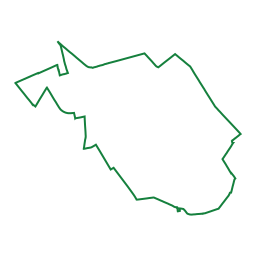 Barcanesti, Prahova, Romania
{"feature_id": "2599482B47702266921229", "entity_name": "Barcanesti", "entity_type": "district", "adm_level": 2, "iso_a3": "ROU", "parent_name": "Romania", "parent_adm1": "Prahova", "projection": "orthographic", "projection_center": [26.058, 44.879], "detail": "fine", "context": "isolated", "style": "outline", "palette": "green", "viewbox_px": 256, "rotation_deg": 0, "n_neighbors": 0, "source": "geoboundaries", "source_scale": "gbopen_adm2", "svg_char_len": 5238}
<svg xmlns="http://www.w3.org/2000/svg" viewBox="0 0 256 256"><path d="M235.3,178.5L234.7,177.5L233.9,176.3L233.3,175.5L232.3,174.3L231.7,173.5L231.2,172.9L231.0,173.1L230.9,172.9L230.7,172.7L229.3,170.4L228.0,168.1L227.0,166.5L225.6,164.1L223.5,160.8L222.5,159.1L223.2,158.1L223.7,157.4L225.1,155.3L226.0,153.9L226.3,153.6L226.7,153.0L227.2,152.2L227.4,151.8L227.8,151.2L228.3,150.5L228.8,149.7L229.4,148.8L229.6,148.6L229.7,148.4L229.9,148.1L230.1,147.8L231.2,146.1L231.7,145.2L232.8,143.4L233.1,143.0L232.4,143.0L232.3,142.7L232.2,142.2L232.1,141.7L232.0,141.3L231.9,141.0L232.0,140.9L232.2,140.7L232.3,140.6L232.4,140.4L232.5,140.4L232.7,140.2L232.8,140.2L233.0,140.0L233.5,139.6L233.9,139.3L234.2,139.0L234.5,138.8L234.7,138.6L234.9,138.4L235.1,138.4L236.7,137.1L238.5,135.7L239.9,134.5L240.6,134.0L239.4,132.6L230.9,123.5L222.6,114.7L219.9,111.7L218.4,110.2L217.5,109.1L215.9,107.4L215.1,106.6L214.2,105.1L210.8,99.7L209.3,97.3L208.6,96.2L207.5,94.5L207.1,93.8L206.0,92.1L204.5,89.6L204.2,89.0L203.5,88.0L201.3,84.5L199.7,82.0L198.9,80.6L194.6,73.8L193.1,71.3L192.3,69.9L190.3,66.7L190.2,66.5L188.9,65.5L186.8,63.8L184.9,62.2L183.3,60.8L181.4,59.3L179.3,57.6L177.2,55.8L175.8,54.7L175.1,54.1L173.7,55.2L169.9,58.2L168.5,59.3L164.5,62.4L160.4,65.7L158.3,67.3L157.2,66.8L156.4,66.4L156.0,66.0L155.3,65.3L154.3,64.1L153.7,63.5L152.0,61.5L149.6,58.9L148.0,57.2L147.3,56.4L146.2,55.2L145.6,54.6L145.1,54.1L145.0,53.9L144.5,53.4L116.6,61.0L109.4,62.9L108.9,63.0L108.5,63.1L108.1,63.3L106.8,63.6L106.0,63.9L105.2,64.0L104.1,64.4L103.9,64.5L103.5,64.7L102.9,64.9L102.3,65.1L101.8,65.2L101.3,65.3L100.4,65.5L99.9,65.6L99.4,65.8L98.8,66.0L98.2,66.1L97.7,66.3L97.3,66.5L96.2,66.8L95.1,67.1L94.0,67.3L93.8,67.4L93.4,67.6L93.0,67.7L92.4,67.8L91.6,67.4L90.4,67.4L88.4,67.1L86.6,66.1L83.6,63.7L81.8,62.1L78.8,59.6L76.3,57.5L75.3,56.6L73.9,55.4L71.9,53.7L70.2,52.4L69.1,51.5L67.1,49.8L66.7,49.4L64.7,47.7L63.3,46.6L61.4,44.9L60.3,43.9L59.1,42.9L58.8,42.6L57.8,41.6L57.5,41.3L57.7,41.6L58.6,42.9L58.9,43.3L59.3,43.8L59.7,44.3L60.1,44.7L60.3,45.0L60.5,45.2L60.6,45.4L60.6,45.6L60.8,46.1L60.9,46.6L62.6,53.8L62.9,54.9L63.1,55.8L63.9,59.4L64.2,61.2L64.6,62.6L64.9,63.9L65.1,64.5L65.3,65.1L65.5,65.8L65.7,66.2L66.0,67.4L66.4,69.0L67.9,73.0L67.3,73.2L66.6,73.4L66.2,73.6L65.3,73.8L64.8,74.0L64.5,74.1L64.3,74.1L64.2,74.1L63.9,74.1L63.7,74.2L63.1,74.3L62.9,74.4L62.4,74.5L62.0,74.6L61.4,74.8L61.0,75.0L60.7,75.1L60.2,75.3L59.8,75.4L58.7,70.2L58.5,70.3L57.6,67.2L57.7,66.9L57.5,66.3L57.3,64.9L57.2,64.9L56.0,65.4L51.7,67.4L43.6,71.0L38.5,73.3L38.3,73.4L38.1,73.0L32.3,75.5L15.5,82.9L15.4,83.0L16.7,84.6L18.6,87.0L21.7,90.9L24.3,94.1L25.3,95.4L27.6,98.3L28.9,99.8L30.5,101.8L32.4,104.2L32.8,104.7L32.7,104.8L32.8,104.9L33.0,104.6L35.4,106.5L36.8,104.2L39.8,99.1L42.4,94.9L44.0,92.2L46.7,87.8L46.9,87.6L49.1,91.1L49.8,92.2L51.1,94.4L52.8,97.3L54.3,99.8L56.0,102.4L56.8,103.8L58.1,105.9L59.1,107.5L59.6,108.2L59.9,108.6L60.5,109.4L61.0,109.9L61.5,110.3L62.4,111.0L62.7,111.2L63.2,111.5L63.7,111.8L64.2,112.0L64.8,112.3L65.5,112.6L66.3,112.8L67.1,113.0L67.6,113.1L67.9,113.1L68.2,113.2L69.1,113.2L69.8,113.2L70.4,113.2L71.0,113.2L71.7,113.1L73.2,113.0L74.0,112.9L75.0,117.3L75.2,118.4L75.3,118.3L78.9,117.7L81.0,117.3L82.7,116.9L84.6,116.5L84.6,117.2L84.7,118.2L84.7,119.0L84.8,120.6L85.0,124.5L85.5,131.9L85.6,134.2L85.7,135.8L85.7,136.2L85.7,136.5L85.7,136.8L85.7,137.2L85.5,137.9L85.5,138.4L85.3,139.0L85.2,139.4L84.5,144.0L84.2,146.2L84.1,147.0L83.8,148.5L83.8,148.8L84.0,148.8L84.3,148.7L84.7,148.7L85.1,148.6L87.8,148.0L88.8,147.9L89.7,147.7L90.5,147.6L90.8,147.5L91.2,147.4L91.4,147.3L91.7,147.2L92.0,147.0L93.4,146.2L94.1,145.8L95.4,145.0L95.9,144.7L99.5,150.6L110.7,169.5L113.6,167.8L127.7,186.5L131.9,192.3L133.6,194.7L134.8,196.5L135.8,198.2L136.4,199.2L136.6,199.6L137.5,199.6L146.9,198.4L149.5,198.0L152.1,197.7L153.4,197.5L153.8,197.5L156.1,198.5L158.0,199.3L160.2,200.3L161.1,200.7L161.9,201.0L163.6,201.8L166.9,203.2L167.9,203.6L169.3,204.3L170.9,205.0L171.2,205.1L172.1,205.5L172.6,205.8L173.3,206.2L173.7,206.5L174.5,206.9L175.2,207.1L175.3,207.2L175.7,207.2L176.7,207.2L176.9,207.2L177.0,207.9L177.4,207.9L177.7,210.8L177.8,211.3L178.0,211.3L178.4,211.2L179.0,211.1L179.3,211.0L179.5,210.9L179.8,210.9L179.8,209.9L179.7,209.7L179.7,209.4L179.5,208.8L179.5,208.7L179.4,208.4L179.8,208.4L180.3,208.5L181.2,208.6L181.9,208.7L182.3,208.8L182.9,208.9L183.4,209.0L183.6,209.2L184.3,209.9L184.8,210.5L185.0,210.6L186.4,212.5L187.2,213.5L187.5,213.7L188.3,214.0L188.9,214.2L189.9,214.5L191.8,214.6L192.7,214.5L193.5,214.4L194.0,214.4L195.4,214.3L196.8,214.1L198.4,214.0L199.9,213.9L200.8,213.8L201.4,213.8L201.8,213.7L202.1,213.7L202.4,213.7L202.7,213.8L202.9,213.5L203.8,213.4L204.3,213.3L204.9,213.3L206.3,212.8L210.5,211.4L212.2,210.8L213.4,210.4L213.7,210.3L216.9,209.2L218.6,208.7L218.9,208.2L220.1,206.7L222.8,203.1L223.7,202.0L226.2,198.7L228.3,196.0L228.7,195.5L228.8,195.3L229.0,194.8L229.3,194.4L229.6,193.6L229.8,193.0L229.9,192.9L230.0,192.7L230.3,192.6L230.6,192.6L230.9,192.6L231.1,192.6L231.2,192.2L231.5,191.2L231.8,189.9L232.3,187.9L232.6,186.6L232.9,185.5L233.1,184.8L233.4,183.6L233.7,182.5L233.8,181.8L234.1,180.9L234.2,180.5L234.3,179.9L234.7,179.2L234.8,178.9L235.3,178.5Z" fill="none" stroke="#15803d" stroke-width="2"/></svg>